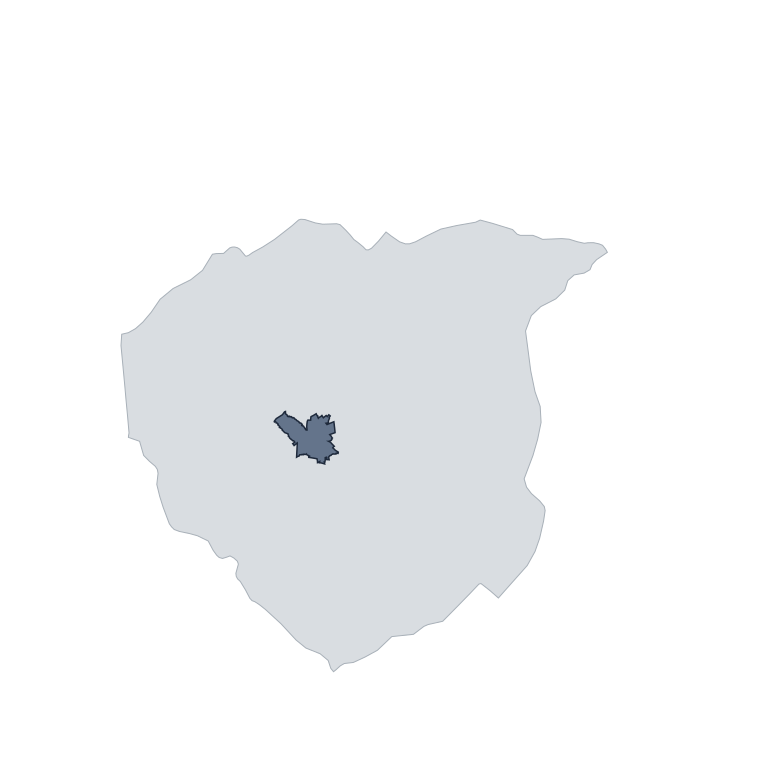 location of Chirumhanzu, Midlands, Zimbabwe, rotated 132°
{"feature_id": "62879985B8175030067165", "entity_name": "Chirumhanzu", "entity_type": "district", "adm_level": 2, "iso_a3": "ZWE", "parent_name": "Zimbabwe", "parent_adm1": "Midlands", "projection": "orthographic", "projection_center": [30.527, -19.353], "detail": "fine", "context": "in_parent", "style": "filled", "palette": "slate", "viewbox_px": 768, "rotation_deg": 132, "n_neighbors": 0, "source": "geoboundaries", "source_scale": "gbopen_adm2", "svg_char_len": 7133}
<svg xmlns="http://www.w3.org/2000/svg" viewBox="0 0 768 768"><g transform="rotate(132 384 384)"><path d="M522.5,612.2L516.9,608.3L509.1,605.7L499.3,604.6L486.5,605.0L470.8,607.1L454.0,604.6L435.9,597.4L421.0,594.9L403.1,598.2L402.3,598.3L399.2,595.8L394.3,590.6L386.1,589.7L383.9,588.5L382.1,586.6L380.8,584.1L380.3,581.3L381.6,572.6L380.9,571.6L378.7,570.6L374.2,569.6L363.4,565.8L349.8,562.1L327.8,558.2L319.2,557.2L317.2,556.0L314.7,552.8L310.3,542.9L306.2,536.4L296.6,526.4L295.0,523.3L295.3,515.2L295.9,508.7L296.8,503.1L296.3,498.0L296.0,491.5L296.3,487.2L294.9,485.4L291.5,484.1L281.6,483.7L269.7,484.2L269.2,477.6L267.9,467.5L265.5,461.8L262.7,458.8L257.2,455.7L246.0,451.6L230.8,445.4L217.6,436.0L202.5,424.2L197.8,422.2L192.1,411.0L183.2,391.8L183.6,385.3L182.3,382.1L173.9,372.8L172.0,367.9L170.4,362.9L157.1,349.3L152.5,343.3L148.9,335.5L145.4,329.3L142.5,326.9L138.7,322.7L136.0,318.0L134.7,314.4L135.5,309.5L136.7,306.1L149.2,309.2L155.9,309.3L161.2,307.4L167.7,309.5L175.7,315.7L184.2,316.6L193.3,312.5L205.8,313.3L221.6,319.3L234.6,320.3L249.9,314.3L263.4,298.5L276.1,283.7L288.7,266.6L296.2,252.9L307.4,241.6L322.2,232.9L337.4,225.5L360.7,216.4L365.3,209.0L366.8,201.1L366.7,190.0L367.8,182.9L370.2,179.6L374.1,177.0L379.1,173.7L394.5,165.1L407.4,159.7L423.1,156.1L440.4,156.0L457.0,155.9L466.5,155.8L466.6,166.5L467.4,178.4L469.2,179.6L481.7,179.9L501.7,180.7L521.0,181.6L533.3,190.3L537.5,192.2L550.3,194.6L566.5,209.2L586.2,210.7L599.6,215.4L611.5,220.5L618.3,226.5L622.7,227.9L628.7,228.5L631.6,229.0L630.9,233.3L626.8,240.5L627.2,250.9L632.5,265.4L633.1,278.0L631.1,300.1L630.9,321.5L631.4,329.2L632.2,334.3L633.3,337.1L633.0,340.3L629.7,349.2L626.9,358.6L626.8,362.4L625.8,365.1L623.8,367.4L615.3,371.7L613.8,374.4L613.8,379.3L614.8,383.4L617.9,385.0L621.7,387.3L623.2,390.4L623.2,393.7L621.9,399.7L618.3,409.6L621.6,421.1L625.3,428.5L630.4,437.2L632.5,442.5L632.3,446.3L631.5,450.0L623.4,465.6L617.7,475.3L610.7,485.6L601.6,492.1L599.2,495.2L598.2,498.8L598.4,506.6L597.9,514.8L590.1,527.3L594.7,538.2L593.6,539.1L591.0,540.7L579.8,552.7L568.5,565.0L560.2,573.9L550.8,584.1L540.3,595.5L531.4,605.2L522.5,612.2Z" fill="#d9dde1" stroke="#a8b0b8" stroke-width="1"/><path d="M477.0,374.1L476.7,374.4L476.3,375.0L476.1,375.3L475.6,375.8L475.2,376.3L474.9,376.3L474.5,376.3L474.2,376.3L473.8,376.4L473.6,376.4L473.4,376.3L473.3,376.2L473.2,376.0L472.9,375.8L472.7,375.7L472.3,375.6L472.2,375.6L471.9,375.8L471.3,375.6L471.0,375.5L470.5,375.2L470.4,375.1L470.0,375.2L469.9,375.1L469.8,374.9L469.6,374.4L469.4,374.1L469.2,373.9L468.8,373.6L468.6,373.3L468.2,372.9L467.9,373.2L467.8,373.3L467.7,373.3L467.6,373.2L467.6,372.9L467.4,372.8L467.2,372.7L467.1,372.9L466.6,372.6L466.4,372.4L466.4,371.7L466.2,371.7L466.1,371.8L465.9,372.2L465.5,372.2L465.4,372.2L465.2,372.4L465.8,375.7L465.8,376.4L465.8,376.7L465.7,377.3L465.7,379.2L465.7,379.4L464.8,379.5L463.8,379.4L463.6,379.3L463.5,379.8L463.4,381.7L463.3,382.9L463.1,384.8L463.6,386.7L463.3,386.4L463.1,386.2L462.7,386.1L462.4,386.1L462.2,386.0L461.9,386.0L461.7,385.9L461.5,385.7L461.3,385.5L461.1,385.5L460.9,385.5L459.9,385.7L459.7,386.2L458.7,386.2L458.7,386.3L458.7,386.6L458.6,386.8L458.6,387.1L458.1,388.5L458.0,389.1L458.0,389.4L457.9,389.6L458.0,390.0L457.9,390.5L452.9,387.8L449.8,391.2L449.7,391.3L448.5,392.7L447.3,394.0L446.4,395.1L445.6,396.0L449.5,397.9L451.2,398.7L452.3,399.2L452.0,400.9L450.0,399.3L448.7,400.6L448.1,400.8L446.0,401.6L445.5,402.4L444.0,402.5L443.7,402.6L443.8,404.4L446.2,404.4L446.1,405.9L449.7,406.5L448.9,409.1L449.5,409.2L449.7,408.8L451.2,409.5L452.3,409.8L452.5,409.9L453.4,409.9L452.6,411.7L452.1,411.7L452.1,413.2L451.7,414.1L451.5,414.5L454.8,415.5L456.3,416.1L457.1,416.4L457.4,416.2L457.5,416.1L457.8,416.0L460.0,414.3L461.7,416.4L463.0,416.1L465.2,414.6L467.4,412.9L469.7,410.4L469.8,410.5L470.3,411.0L470.2,411.4L470.3,411.7L470.2,412.1L470.1,412.4L469.9,412.7L469.7,412.8L469.8,413.1L469.7,413.3L469.8,413.5L469.5,414.2L469.5,414.6L469.4,415.1L469.2,415.5L469.4,415.8L469.5,416.2L469.3,416.5L469.6,416.8L469.8,417.0L469.8,417.4L469.7,417.5L469.1,417.7L469.2,417.8L468.8,418.0L468.7,418.2L468.7,418.3L468.8,418.4L468.8,418.5L468.7,418.5L468.7,418.8L468.7,419.0L468.7,419.3L468.8,419.5L468.7,419.7L468.8,419.8L469.0,420.0L469.2,420.3L469.2,420.7L469.1,420.8L469.1,421.0L469.4,421.1L469.2,421.8L469.0,422.2L469.1,422.6L469.2,423.4L469.5,423.9L469.4,424.1L469.4,424.3L469.5,424.6L469.4,424.9L469.4,425.2L469.3,425.4L469.3,425.6L469.5,425.9L469.5,426.1L469.6,426.4L469.5,426.6L469.6,426.9L469.7,427.0L469.6,427.4L469.6,427.5L469.5,428.0L469.4,428.2L469.7,428.4L469.7,428.8L469.8,428.9L469.8,429.0L469.9,429.4L470.1,429.6L470.5,429.6L470.5,429.8L470.5,430.0L470.5,430.4L470.5,430.6L470.3,430.9L470.3,431.1L470.5,431.4L470.8,431.5L471.0,431.6L471.0,431.8L471.2,432.0L471.2,432.5L471.3,432.5L471.5,432.6L471.9,432.7L471.9,432.8L472.0,432.9L472.0,433.0L471.8,433.2L471.7,433.3L471.8,433.4L472.0,433.4L472.0,433.5L472.2,433.8L472.3,434.1L472.5,434.1L472.4,434.5L472.2,434.6L471.9,435.2L471.9,435.5L471.9,435.8L471.8,436.0L472.0,436.6L472.0,436.8L471.9,437.4L471.7,437.7L471.4,437.8L471.3,438.0L471.2,438.1L471.3,438.2L471.4,438.4L471.5,438.5L471.3,438.7L471.2,438.8L471.0,438.7L470.8,438.6L470.7,438.5L470.4,438.8L470.6,438.9L470.6,439.0L471.3,439.3L473.2,439.1L473.3,439.1L474.7,438.9L481.8,440.9L485.1,440.6L485.2,440.4L485.3,440.3L485.5,440.2L485.5,439.9L485.4,439.8L485.1,439.7L484.7,439.5L484.6,439.2L484.6,438.8L484.7,438.6L484.7,438.3L484.9,438.2L484.7,438.0L484.7,437.9L484.6,437.6L484.6,437.3L484.7,437.2L484.8,437.1L484.7,436.7L484.7,436.3L484.8,436.2L484.7,436.1L484.9,435.9L485.0,435.7L484.9,435.5L485.0,435.4L485.4,435.2L485.5,435.1L485.5,434.6L485.3,433.7L485.4,433.1L485.4,432.9L485.5,432.8L485.7,432.6L486.0,432.7L486.3,432.6L485.9,431.7L486.0,431.2L485.8,430.9L485.8,429.9L485.8,429.1L486.4,428.8L486.4,426.9L486.6,425.4L485.8,423.3L485.2,422.1L485.7,421.6L485.9,420.8L486.8,420.1L486.6,419.8L486.6,419.4L487.0,418.8L487.2,418.2L487.3,417.6L487.3,416.1L487.2,416.1L487.2,413.7L486.6,413.2L486.8,412.3L486.9,411.4L488.5,411.7L489.4,411.9L489.5,410.9L489.8,410.4L489.5,409.9L489.7,409.6L489.1,409.5L485.8,409.1L486.0,408.8L496.9,400.0L495.3,399.5L494.4,398.9L493.0,399.3L492.8,399.1L492.8,398.9L492.7,398.8L492.5,398.7L492.4,398.6L492.1,398.4L491.9,398.3L491.9,398.1L491.6,398.0L491.5,397.9L491.5,397.7L491.4,397.5L491.2,397.5L491.1,397.4L490.8,397.2L490.7,397.2L490.6,396.9L490.4,397.0L490.2,397.0L490.1,396.9L490.1,396.5L490.1,396.4L489.7,396.3L489.4,396.1L489.4,395.9L489.2,395.8L488.9,395.5L488.8,395.4L488.8,395.1L488.5,394.7L488.4,394.6L488.2,394.6L488.3,394.5L487.5,391.3L487.8,391.4L488.1,391.4L488.4,391.4L488.6,391.2L488.9,391.1L489.2,391.3L489.0,391.0L488.5,390.3L487.2,388.3L484.4,383.8L485.6,382.1L486.9,380.8L484.6,379.9L485.2,379.5L485.3,379.6L485.6,379.5L485.7,379.4L485.8,379.3L485.6,379.2L484.7,377.8L484.4,377.3L484.3,377.1L483.1,374.6L481.9,376.2L481.6,375.7L480.0,376.7L479.4,377.2L478.8,377.7L478.1,378.4L477.8,378.3L477.3,378.0L477.1,377.9L477.1,377.7L476.8,377.6L476.8,377.4L478.5,376.0L477.5,374.7L477.2,374.5L477.0,374.1Z" fill="#64748b" stroke="#1e293b" stroke-width="1.5"/></g></svg>